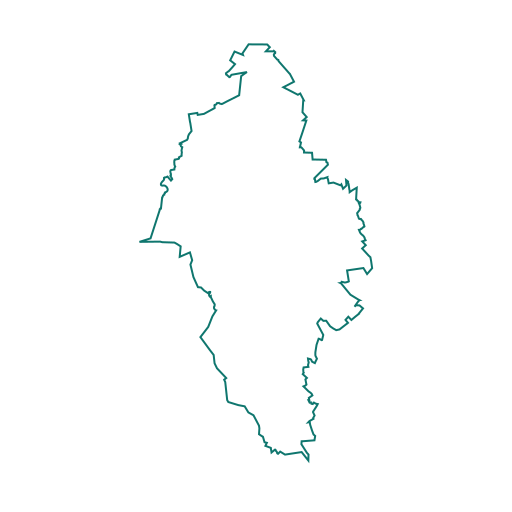 Alamos, Sonora, Mexico (orthographic projection), rotated 171°
{"feature_id": "50627088B7149168530269", "entity_name": "Alamos", "entity_type": "district", "adm_level": 2, "iso_a3": "MEX", "parent_name": "Mexico", "parent_adm1": "Sonora", "projection": "orthographic", "projection_center": [-108.835, 27.083], "detail": "fine", "context": "isolated", "style": "outline", "palette": "teal", "viewbox_px": 512, "rotation_deg": 171, "n_neighbors": 0, "source": "geoboundaries", "source_scale": "gbopen_adm2", "svg_char_len": 5941}
<svg xmlns="http://www.w3.org/2000/svg" viewBox="0 0 512 512"><g transform="rotate(171 256 256)"><path d="M283.4,99.1L279.6,88.0L279.6,85.3L280.9,79.5L277.9,76.7L277.7,76.7L277.4,76.3L276.7,70.7L274.5,69.8L276.4,67.0L271.4,64.2L271.4,59.5L267.6,61.8L267.4,61.8L267.2,61.7L267.0,61.4L266.9,60.5L266.2,59.6L265.9,58.3L265.9,57.8L265.2,57.2L262.7,59.0L258.4,55.3L241.6,55.2L236.3,45.8L235.2,51.7L236.5,53.6L240.6,63.0L239.9,65.9L238.5,65.7L227.1,64.8L225.7,69.0L227.1,70.7L228.0,75.1L228.9,80.8L228.9,83.5L230.4,83.5L229.0,84.6L224.7,86.2L224.9,87.0L223.1,89.3L224.1,92.9L223.9,93.4L219.2,98.7L218.2,100.1L220.3,100.9L221.6,102.1L222.1,102.2L223.1,100.9L224.4,101.4L224.7,102.9L226.0,102.8L226.8,105.4L225.9,105.3L226.0,107.6L222.1,109.5L222.6,111.2L223.6,112.5L225.3,114.1L229.5,119.8L227.6,120.3L226.3,121.1L226.5,126.4L224.8,127.6L228.3,132.0L227.2,133.2L227.4,133.4L227.1,136.6L226.4,138.5L221.6,138.3L221.7,140.1L220.6,142.6L220.8,144.2L220.7,146.6L218.2,145.5L217.8,145.0L217.1,142.8L214.6,141.0L213.4,142.9L211.9,145.0L212.9,148.2L212.8,149.4L212.4,151.7L210.1,158.8L207.1,164.5L206.3,164.2L204.3,162.6L203.9,162.7L201.9,167.5L206.1,179.7L205.4,180.9L201.8,184.1L199.6,181.4L196.8,181.1L193.8,175.0L191.0,172.3L188.7,170.5L188.4,170.2L185.0,170.4L175.6,175.6L176.5,177.1L176.8,177.5L177.6,178.9L174.3,181.6L171.8,177.9L167.5,180.5L163.4,182.8L163.5,183.0L158.5,187.5L161.5,191.0L164.7,191.7L166.6,190.6L162.6,194.7L161.1,195.9L161.0,196.2L160.7,196.2L161.9,197.1L168.8,203.0L176.2,215.6L176.9,216.1L176.5,216.1L175.6,216.6L175.4,217.1L172.4,215.9L171.2,215.9L168.8,216.2L168.3,216.4L168.3,227.5L151.8,227.3L149.1,220.8L143.2,225.8L143.1,232.7L143.2,236.9L144.7,238.8L150.0,246.8L145.9,249.5L148.8,253.8L145.3,254.4L145.5,255.1L145.7,255.4L145.9,256.3L145.9,257.2L146.6,258.7L147.4,259.9L147.8,260.2L148.7,261.4L149.0,261.7L149.6,263.1L150.2,265.7L149.2,265.6L148.0,266.4L147.6,266.3L145.4,267.8L145.0,267.8L144.3,268.2L144.5,270.1L144.8,271.3L144.6,272.4L145.1,273.5L145.3,274.2L146.2,275.2L146.3,275.8L146.6,276.2L148.0,276.4L148.5,276.8L149.0,279.7L149.4,280.6L149.3,281.1L149.4,282.5L146.2,285.5L146.2,286.2L145.4,287.2L145.4,287.5L145.7,290.5L146.1,291.9L145.0,292.0L144.7,292.2L144.5,292.7L145.0,292.8L145.3,292.6L145.5,292.8L146.0,293.0L146.3,293.2L146.3,293.6L146.4,294.0L146.7,294.3L146.9,294.6L147.4,294.9L147.5,295.3L147.6,295.8L148.3,296.2L145.8,307.7L150.5,305.9L153.5,304.4L153.3,306.1L153.4,307.0L153.3,312.7L153.8,313.5L153.6,313.8L153.4,315.1L155.2,317.0L155.6,311.5L159.5,308.8L160.5,313.4L161.3,312.7L161.5,312.6L168.0,316.4L172.8,316.4L172.9,320.4L173.0,321.1L173.5,321.9L173.2,322.7L176.9,322.0L179.9,322.3L183.3,320.4L185.1,319.8L185.8,319.8L185.8,323.0L186.3,323.1L186.2,323.7L170.7,334.9L170.8,337.0L171.8,337.7L171.8,340.1L182.4,342.0L185.0,342.4L184.5,349.2L192.4,350.7L192.0,352.7L193.9,355.8L194.4,356.3L194.6,356.3L194.7,356.5L195.7,356.5L195.6,356.9L195.4,357.1L193.8,361.1L195.2,362.4L192.2,368.1L191.1,370.2L185.1,381.9L188.3,382.6L184.2,385.3L187.6,390.7L185.0,402.3L184.4,402.2L186.9,409.6L189.4,408.7L202.6,418.4L191.2,422.2L194.1,430.7L194.3,430.8L202.7,444.1L203.3,445.2L203.3,446.2L204.3,446.7L206.9,450.8L206.9,452.1L205.3,454.1L205.2,454.0L205.1,454.4L206.2,455.7L206.4,455.4L214.2,456.6L209.7,460.1L211.3,462.3L211.3,462.5L211.9,463.2L230.2,466.2L237.7,458.2L237.4,456.6L245.2,461.3L250.9,453.3L246.7,448.8L250.1,445.9L254.0,442.8L254.8,442.5L257.1,441.2L257.1,439.9L256.3,439.3L256.1,438.9L254.9,437.5L254.4,436.8L254.2,436.8L253.6,437.0L253.1,437.6L251.9,438.8L236.2,439.1L236.8,438.8L239.4,437.6L242.5,436.0L247.5,417.4L260.6,413.2L265.6,411.5L265.9,411.6L266.1,411.6L266.3,411.5L268.1,412.3L268.4,412.6L268.6,413.0L270.7,413.1L271.3,412.2L271.6,412.0L272.1,411.8L273.2,411.7L273.5,411.4L273.5,411.1L273.4,410.8L273.5,410.5L273.7,408.6L285.2,404.5L291.5,404.5L291.6,406.5L300.2,406.5L300.2,398.7L300.1,397.6L300.1,394.5L300.1,389.5L303.3,386.6L303.7,385.8L304.2,385.1L304.7,383.8L304.9,382.9L305.3,382.3L305.9,381.5L313.3,379.3L312.4,378.4L313.5,378.1L313.3,377.9L312.9,376.0L311.8,375.0L312.4,373.7L313.1,371.7L313.0,370.0L313.5,368.4L313.8,366.6L316.7,365.5L316.7,365.0L316.7,364.5L316.8,364.3L317.1,364.1L317.5,364.0L321.2,363.9L321.4,363.2L321.7,363.0L321.9,362.2L322.1,361.2L322.1,360.7L322.3,359.0L322.1,357.8L321.8,356.9L322.4,356.3L322.8,355.4L323.0,354.8L323.1,354.2L326.5,354.2L326.9,353.9L327.2,353.5L327.4,353.1L327.4,352.8L327.4,351.2L327.3,350.5L327.2,350.3L327.3,350.1L327.3,349.7L327.6,349.2L327.5,348.9L328.0,348.5L326.9,345.8L326.7,345.0L328.2,343.8L331.0,348.3L332.9,347.8L333.2,347.8L333.9,347.9L334.6,347.6L334.6,347.4L334.7,347.2L334.8,346.2L335.1,345.6L335.5,345.2L337.2,343.9L337.9,343.2L338.6,342.2L338.7,341.7L338.7,341.2L338.6,340.8L338.3,340.5L337.2,340.1L336.1,340.1L335.7,340.0L335.0,339.7L334.4,339.2L333.6,338.3L333.2,337.5L332.9,336.5L332.8,335.9L332.9,335.1L333.1,334.6L333.5,334.0L333.9,333.7L335.0,333.2L335.8,333.1L336.2,332.7L336.2,332.1L337.1,331.4L337.1,331.1L337.1,330.9L337.6,330.8L337.9,330.6L338.1,330.3L338.4,330.2L338.5,329.8L339.0,329.3L339.3,328.4L339.6,328.3L342.5,317.6L343.1,317.4L343.3,317.5L343.1,317.7L343.1,317.8L343.3,317.6L343.6,317.4L343.6,317.1L357.4,289.9L368.9,288.2L348.5,285.2L346.4,284.3L334.4,282.0L332.0,280.1L328.9,277.3L331.5,267.1L320.7,269.9L319.7,261.8L322.1,257.8L321.1,245.0L318.2,234.3L315.2,233.5L312.6,229.9L309.3,226.9L308.6,227.4L307.9,227.8L307.2,227.8L306.9,227.7L307.0,227.0L307.5,226.5L308.1,225.8L308.3,225.3L308.5,224.8L308.4,224.5L308.3,223.8L307.9,223.1L306.9,223.5L307.0,222.7L306.9,221.9L306.3,220.0L305.8,218.2L305.2,216.7L304.4,214.9L304.4,214.5L304.4,214.3L304.6,213.9L304.7,213.2L305.3,212.5L305.5,212.1L305.6,210.8L305.2,209.9L304.4,208.7L303.9,208.5L308.5,203.2L314.3,193.4L323.6,184.6L316.1,170.0L313.3,164.9L313.7,156.5L312.1,151.2L304.5,140.1L306.8,138.8L306.1,136.3L307.0,118.2L306.2,116.1L296.8,111.5L290.7,109.3L288.0,102.7L283.4,99.1Z" fill="none" stroke="#0f766e" stroke-width="2"/></g></svg>